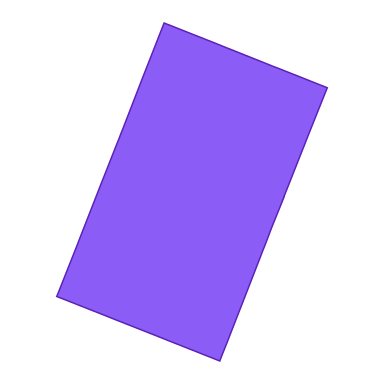 Comandante Fernández, Chaco, Argentina
{"feature_id": "61730980B26046188382184", "entity_name": "Comandante Fernández", "entity_type": "district", "adm_level": 2, "iso_a3": "ARG", "parent_name": "Argentina", "parent_adm1": "Chaco", "projection": "orthographic", "projection_center": [-60.45, -26.787], "detail": "fine", "context": "isolated", "style": "filled", "palette": "violet", "viewbox_px": 384, "rotation_deg": 0, "n_neighbors": 0, "source": "geoboundaries", "source_scale": "gbopen_adm2", "svg_char_len": 702}
<svg xmlns="http://www.w3.org/2000/svg" viewBox="0 0 384 384"><path d="M327.3,87.8L327.1,87.7L278.3,68.3L272.7,66.2L223.9,46.7L218.5,44.5L164.1,23.0L141.6,80.3L140.1,84.2L122.6,129.4L121.5,132.1L121.0,133.3L119.4,137.6L115.9,146.3L105.1,173.7L99.8,187.0L99.7,187.3L97.6,192.7L78.4,241.8L77.6,244.0L58.6,291.9L56.7,296.5L102.7,314.6L105.7,315.8L111.2,318.0L117.2,320.4L162.3,338.2L165.1,339.3L168.0,340.5L219.8,361.0L221.8,355.7L226.3,344.5L239.1,311.6L241.2,306.3L261.1,255.1L262.4,251.7L264.6,246.2L265.9,242.9L271.3,228.6L273.1,224.1L284.1,196.9L283.9,196.8L286.1,191.3L303.4,147.6L303.6,147.2L305.6,142.0L307.7,136.7L325.1,93.2L327.3,87.8Z" fill="#8b5cf6" stroke="#5b21b6" stroke-width="1.5"/></svg>